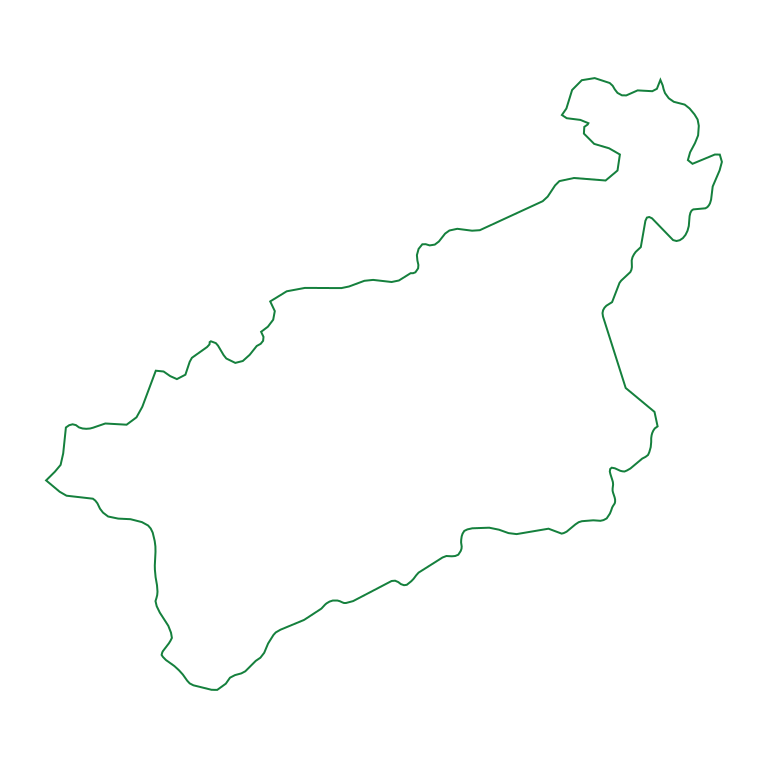 the Region of Ústecký
{"feature_id": "CZE-10368", "entity_name": "Ústecký", "entity_type": "Region", "adm_level": 1, "iso_a3": "CZE", "parent_name": "Czechia", "parent_adm1": "", "projection": "mercator", "projection_center": [13.915, 50.559], "detail": "fine", "context": "isolated", "style": "outline", "palette": "green", "viewbox_px": 768, "rotation_deg": 0, "n_neighbors": 0, "source": "natural_earth", "source_scale": "10m", "svg_char_len": 3786}
<svg xmlns="http://www.w3.org/2000/svg" viewBox="0 0 768 768"><path d="M594.7,78.1L609.7,83.0L612.7,85.8L614.8,89.4L617.5,92.9L621.9,95.3L626.3,95.4L637.6,90.4L652.3,91.2L656.9,88.8L660.4,79.9L662.7,85.4L663.6,89.2L665.0,93.1L668.8,98.3L673.8,101.8L684.7,104.6L689.6,108.5L694.5,114.4L697.6,119.5L698.8,125.8L698.1,135.4L695.0,143.1L690.1,152.3L687.9,160.1L692.5,163.8L714.9,154.5L719.8,154.6L721.9,161.9L719.6,170.4L712.7,186.5L711.3,197.9L711.1,199.6L710.0,203.3L708.9,205.3L707.4,207.1L705.4,208.3L693.3,209.4L691.6,210.6L690.4,212.8L689.6,216.1L688.8,226.0L687.5,230.8L685.5,234.9L682.9,238.1L679.8,240.2L676.5,241.0L673.1,240.1L652.0,218.3L649.2,217.0L646.9,217.6L645.4,220.8L640.8,247.1L635.7,251.9L634.0,254.3L632.5,257.2L631.7,260.4L631.9,267.1L631.4,269.8L630.3,272.1L621.2,280.6L619.5,282.9L612.1,302.1L606.4,305.7L604.5,307.7L603.1,310.2L602.5,313.1L603.0,316.5L625.7,388.0L654.5,411.9L657.6,426.4L654.8,428.4L653.3,430.6L652.2,433.1L651.6,435.3L651.2,438.2L651.2,442.0L650.7,447.2L649.3,452.1L648.6,453.7L648.0,455.0L645.5,456.9L642.2,458.6L630.4,468.5L626.9,470.5L624.5,471.5L622.4,471.3L620.3,470.8L614.9,468.3L611.7,467.7L610.2,469.0L609.8,471.5L610.4,474.1L612.2,479.7L612.9,482.1L613.1,484.6L612.6,488.6L612.6,490.8L613.1,492.8L614.6,497.3L615.1,499.5L615.1,501.8L614.7,503.4L612.8,506.3L612.1,507.7L611.2,510.4L609.9,513.6L606.7,518.4L603.5,520.1L600.4,520.8L593.3,520.3L581.9,521.2L578.7,522.2L575.4,524.4L566.6,531.7L563.7,533.1L561.6,533.6L548.5,528.7L516.6,534.1L508.5,533.1L499.0,529.7L489.2,527.7L472.3,528.3L467.4,529.4L464.3,530.9L462.6,533.6L461.7,536.3L461.2,539.8L461.1,542.5L461.7,546.5L461.5,548.7L460.7,551.0L458.3,554.7L455.2,556.0L451.8,556.3L446.4,556.0L442.5,557.5L418.6,572.6L416.2,575.3L413.6,578.8L411.3,581.2L406.8,584.8L404.0,585.2L400.9,584.1L398.3,582.1L395.1,580.7L391.6,581.0L353.1,601.1L346.0,603.0L344.0,603.0L342.4,602.4L339.8,601.2L337.3,600.5L332.9,600.5L329.5,601.6L326.5,603.4L325.1,604.6L321.4,608.6L304.1,619.9L280.5,629.7L275.8,632.4L273.5,634.9L268.1,643.5L264.2,652.8L260.4,657.7L255.7,660.9L245.3,671.3L241.3,673.4L235.0,675.1L230.0,677.7L225.8,683.7L217.2,689.9L211.6,689.8L193.4,685.3L189.7,683.4L187.2,680.7L182.8,674.5L179.0,670.3L174.3,666.0L165.9,660.0L162.9,656.9L161.6,654.9L162.3,652.3L163.0,651.0L168.9,643.3L170.5,640.7L171.9,637.9L171.0,632.7L168.3,625.8L159.8,612.6L156.7,606.2L155.5,601.1L156.4,598.2L157.2,595.1L157.5,591.7L157.0,585.2L155.6,577.2L154.9,569.7L154.8,565.5L155.5,551.8L155.4,546.4L154.7,541.0L152.7,532.6L150.7,528.5L148.1,525.5L141.9,522.1L130.5,519.2L118.2,518.6L108.1,516.5L103.0,512.6L100.0,508.7L97.4,503.3L95.3,500.6L92.9,498.7L66.5,495.7L59.6,491.7L46.1,480.4L54.9,471.7L60.6,464.9L63.2,453.4L65.9,427.5L69.2,425.2L72.6,424.3L75.9,425.1L79.0,427.4L82.6,428.5L86.3,428.8L90.1,428.5L93.8,427.5L93.9,427.4L105.3,423.5L126.6,424.7L136.5,417.3L142.3,406.8L155.8,370.7L163.6,371.5L170.2,376.1L176.9,379.1L185.4,374.7L189.7,361.8L191.9,357.8L207.1,347.0L209.5,344.4L209.7,342.1L210.9,341.3L215.8,343.1L218.0,345.6L223.6,355.1L226.3,358.5L235.3,362.9L242.8,361.0L249.7,354.8L256.7,346.0L260.7,343.8L263.1,340.8L263.5,336.9L261.1,331.8L267.9,326.7L273.2,319.7L274.8,311.1L270.2,301.4L286.7,291.3L305.0,287.9L341.3,288.1L349.0,286.5L364.4,280.8L373.1,279.9L391.6,282.0L398.9,280.5L410.6,273.2L413.1,273.2L415.4,272.3L418.1,268.4L418.4,265.0L417.4,260.5L416.9,255.1L418.6,248.9L422.3,244.3L425.7,244.2L429.7,245.4L434.8,244.6L438.9,241.5L445.1,233.6L449.4,230.5L457.3,228.8L472.1,230.7L479.8,230.2L542.7,201.2L547.7,196.6L555.1,185.4L559.4,181.1L574.0,178.0L605.6,180.5L617.5,170.5L619.9,154.5L609.1,148.3L594.2,143.9L583.9,133.6L584.3,126.9L587.7,124.5L588.4,123.2L580.3,119.9L566.7,118.2L561.9,115.0L566.4,108.5L572.1,90.0L581.8,80.2L594.7,78.1Z" fill="none" stroke="#15803d" stroke-width="2"/></svg>